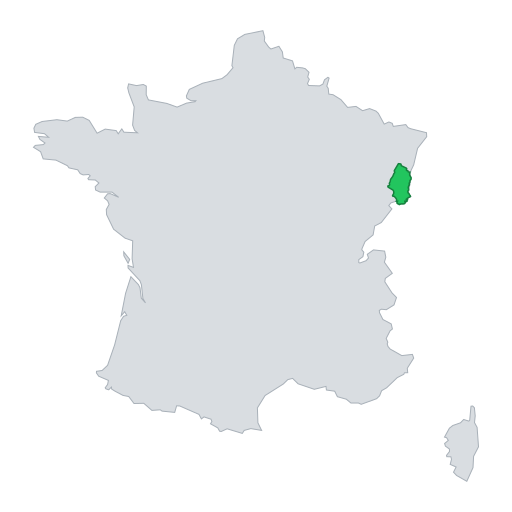 France, with Haute-Rhin highlighted
{"feature_id": "FRA-5296", "entity_name": "Haute-Rhin", "entity_type": "Metropolitan department", "adm_level": 1, "iso_a3": "FRA", "parent_name": "France", "parent_adm1": "", "projection": "albers", "projection_center": [7.305, 47.86], "detail": "fine", "context": "in_parent", "style": "filled", "palette": "green", "viewbox_px": 512, "rotation_deg": 0, "n_neighbors": 0, "source": "natural_earth", "source_scale": "10m", "svg_char_len": 5644}
<svg xmlns="http://www.w3.org/2000/svg" viewBox="0 0 512 512"><path d="M411.0,196.5L407.3,198.6L405.0,202.8L402.6,203.8L398.2,203.9L396.1,201.2L390.9,202.9L388.8,205.6L391.9,208.9L381.3,222.5L374.7,226.0L373.1,234.9L365.1,241.5L362.1,248.4L361.8,249.8L363.8,252.2L362.9,256.7L358.8,259.6L358.8,262.6L359.9,263.0L366.1,260.7L368.5,258.0L367.3,254.3L373.5,249.9L384.6,251.1L385.8,257.2L384.4,262.2L392.3,273.3L385.3,278.4L384.8,281.8L392.0,292.9L396.5,297.5L394.0,304.9L386.3,309.7L381.4,309.2L379.3,310.4L379.5,312.7L382.9,319.5L391.2,323.9L392.4,329.0L390.1,330.8L386.2,338.4L387.8,342.2L387.2,343.9L388.0,346.5L390.2,349.1L401.8,355.6L412.4,354.4L413.7,358.1L407.3,368.2L407.7,372.7L404.4,372.8L403.8,374.3L397.3,377.6L386.6,387.8L381.6,390.7L379.6,395.8L376.6,398.7L361.2,404.3L358.4,403.0L350.9,403.0L346.3,399.2L337.4,396.7L334.7,391.2L326.4,390.0L326.0,386.4L314.3,389.3L298.1,383.8L292.6,378.4L287.8,379.6L283.3,384.0L265.1,395.5L257.4,407.9L257.9,422.8L261.6,430.4L250.8,428.6L244.2,430.4L242.3,433.4L227.1,428.8L221.2,431.5L219.6,431.2L217.8,427.9L210.5,423.8L211.9,421.5L211.0,419.2L204.0,416.9L201.4,418.9L199.0,414.4L179.8,406.0L176.6,405.8L174.7,412.4L162.0,411.1L160.3,409.8L151.9,410.4L143.8,403.3L134.0,403.5L128.7,396.5L123.0,395.4L115.2,391.3L111.7,389.1L111.4,387.1L108.7,389.8L105.8,388.8L105.2,387.8L107.6,384.5L108.4,380.4L98.7,376.2L96.4,372.9L96.5,371.3L102.1,370.5L107.6,365.3L114.6,345.0L120.7,320.7L123.6,316.3L126.8,315.3L124.7,311.7L121.2,315.8L125.6,293.3L130.9,276.7L138.4,284.6L140.0,287.8L141.3,298.2L145.5,302.9L142.9,298.5L141.4,284.7L139.9,280.7L128.1,268.0L128.0,265.4L133.5,267.4L132.1,258.7L132.7,240.8L125.1,238.2L113.6,229.2L106.6,214.7L106.3,209.5L109.1,204.4L107.6,200.8L104.3,198.0L107.6,193.8L110.2,193.6L118.7,197.3L112.0,192.1L100.1,192.1L95.6,190.0L95.2,186.7L98.9,183.0L95.3,180.0L88.6,179.7L87.9,178.5L90.2,175.8L88.7,174.5L83.1,174.9L80.2,173.6L77.7,169.8L69.0,167.9L67.4,165.7L55.9,160.1L43.2,158.9L40.6,151.7L33.5,147.3L35.3,145.4L43.3,144.6L45.0,143.0L39.9,139.4L38.4,136.4L48.6,137.3L44.5,133.7L34.6,132.4L33.9,128.2L35.8,124.3L42.1,121.5L56.9,119.7L67.3,121.1L75.3,117.4L82.7,117.2L89.2,120.4L97.1,133.2L105.2,129.1L116.2,130.6L118.2,133.8L121.8,128.9L123.9,132.2L137.5,132.8L134.6,130.4L132.6,125.1L134.2,106.9L128.9,92.9L127.7,87.9L128.6,83.9L136.5,85.6L143.3,84.5L146.3,86.1L146.2,94.7L148.4,99.9L166.7,103.4L177.1,107.1L186.6,103.1L195.1,101.7L195.9,100.7L191.0,100.7L186.8,98.2L186.4,95.9L189.3,89.4L202.7,83.2L221.9,78.6L227.0,74.8L233.0,67.7L231.9,65.7L234.3,45.3L237.5,38.8L244.8,34.4L262.9,30.7L264.7,37.4L264.3,41.0L268.7,47.1L270.9,49.0L278.9,46.3L282.4,51.9L283.2,58.0L292.5,60.9L294.9,68.9L296.7,67.3L302.6,67.9L305.3,68.7L309.0,72.3L307.7,77.0L309.3,79.3L307.5,83.6L308.6,85.5L319.5,85.9L322.9,84.1L324.5,79.8L327.9,77.3L329.1,78.1L326.8,86.2L328.2,88.3L328.8,94.1L333.0,94.7L340.9,99.6L347.6,107.4L356.0,106.4L362.6,110.7L369.6,108.6L376.0,111.1L378.3,113.3L384.2,124.1L388.9,122.0L392.2,123.3L393.3,126.4L405.8,124.6L408.0,127.6L410.6,128.7L426.5,132.7L426.7,136.7L417.6,148.3L413.7,164.8L411.0,170.5L410.0,174.7L410.8,177.6L410.3,182.0L408.4,192.7L409.5,195.8L411.0,196.5ZM475.2,415.9L474.5,422.6L477.1,427.4L478.5,446.8L473.6,456.3L473.0,467.6L466.8,481.3L456.6,475.5L453.5,472.2L456.1,467.0L450.2,464.4L451.5,459.3L450.9,456.8L446.8,456.7L446.5,455.4L449.5,451.5L449.4,449.0L445.4,446.1L444.6,443.5L448.3,440.4L446.6,437.7L444.5,437.1L449.4,428.2L452.8,425.5L460.5,422.8L463.7,419.5L468.8,421.1L469.7,420.2L471.0,406.2L472.7,406.0L474.4,407.8L475.2,415.9ZM129.7,259.4L128.1,263.3L123.9,255.8L123.7,251.9L129.7,259.4Z" fill="#d9dde1" stroke="#a8b0b8" stroke-width="1"/><path d="M409.9,172.1L409.8,172.4L409.6,173.3L409.7,175.2L411.1,177.6L411.1,179.0L410.9,179.6L410.0,180.4L409.9,181.0L409.9,181.8L409.9,182.0L409.7,182.5L409.3,182.9L409.2,183.1L409.2,183.3L409.3,183.5L409.2,183.7L409.4,184.6L409.3,185.1L408.9,185.3L408.8,185.6L408.3,187.0L408.2,187.7L408.6,189.3L408.6,190.1L408.4,190.4L407.9,190.9L407.8,191.2L407.9,192.2L408.0,192.7L408.1,192.9L408.6,193.1L409.0,193.7L409.7,195.1L409.9,195.3L410.1,195.5L410.3,195.8L410.3,196.2L410.3,196.4L410.1,196.8L409.0,197.3L408.3,197.7L408.1,197.8L406.9,198.8L407.0,198.8L407.5,199.2L407.6,199.7L407.5,199.9L407.2,200.0L406.9,200.0L406.7,200.1L406.8,200.4L407.0,200.7L407.0,200.8L407.0,201.1L406.9,201.1L406.5,201.6L406.0,201.5L405.8,201.4L405.6,201.3L405.2,201.1L404.8,201.2L404.8,201.5L405.0,201.8L405.2,202.1L405.3,202.4L405.2,202.8L405.0,203.0L404.6,203.6L404.0,203.8L403.7,203.9L402.4,203.9L401.5,203.9L400.7,204.0L399.5,204.5L399.3,204.6L399.1,204.5L398.9,204.3L398.8,204.2L398.7,204.0L397.8,203.8L397.1,203.3L397.0,202.6L397.5,201.3L396.7,201.4L396.3,201.3L396.5,200.8L396.6,200.4L396.6,200.2L396.6,199.9L396.6,199.6L396.5,199.3L396.3,198.9L396.1,198.5L394.4,196.5L394.0,196.3L393.7,196.3L393.4,196.3L393.1,196.3L392.8,196.1L392.6,195.8L392.6,195.5L392.7,195.2L393.3,194.3L393.4,194.0L393.6,193.7L393.7,193.4L393.7,193.1L393.7,192.7L393.8,192.4L393.6,191.4L393.5,190.8L393.2,190.4L392.7,189.9L388.3,187.3L388.1,187.0L387.9,186.8L387.9,186.0L388.2,185.9L389.1,185.5L389.4,185.2L389.6,184.9L389.6,184.5L389.5,184.1L389.4,183.7L389.3,183.4L389.4,183.1L389.9,182.2L390.2,181.5L390.3,181.1L390.3,180.7L390.4,180.1L390.5,179.7L390.7,179.2L391.8,177.7L392.2,177.2L392.9,176.1L393.8,173.8L394.5,172.9L394.7,172.5L394.7,171.9L394.5,171.6L394.4,171.3L394.3,171.0L394.3,170.7L394.6,170.1L398.4,163.7L400.1,163.8L401.0,164.2L401.3,165.7L406.3,168.1L406.7,168.6L406.6,169.1L406.4,169.7L406.5,170.3L406.9,170.6L407.4,170.6L407.8,170.7L408.2,171.8L408.7,172.0L409.9,172.1Z" fill="#22c55e" stroke="#15803d" stroke-width="1.5"/></svg>